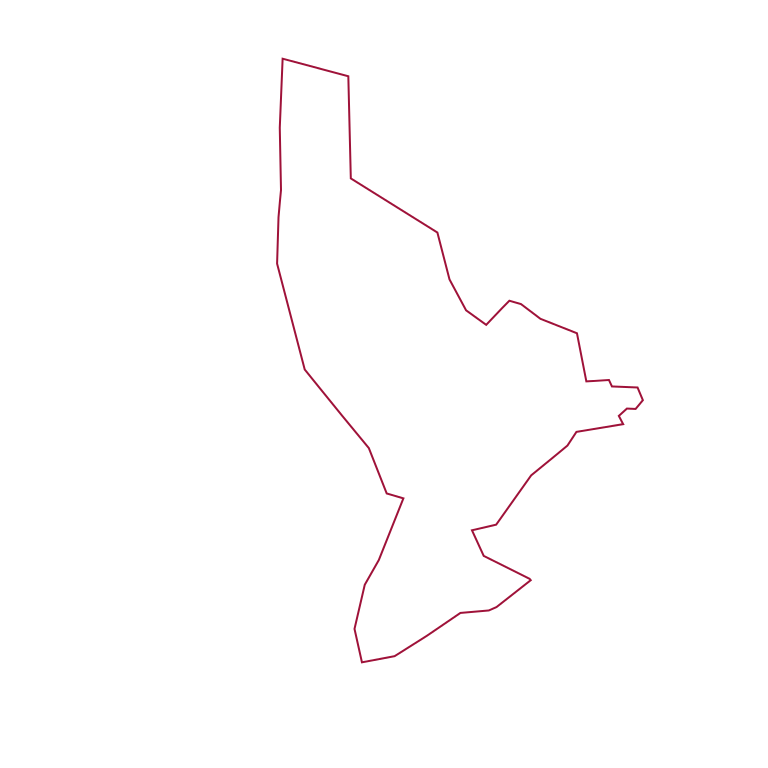 outline of Marte, Borno, Nigeria, rotated 297°
{"feature_id": "59680162B30227281044650", "entity_name": "Marte", "entity_type": "district", "adm_level": 2, "iso_a3": "NGA", "parent_name": "Nigeria", "parent_adm1": "Borno", "projection": "albers", "projection_center": [13.832, 12.441], "detail": "fine", "context": "isolated", "style": "outline", "palette": "rose", "viewbox_px": 768, "rotation_deg": 297, "n_neighbors": 0, "source": "geoboundaries", "source_scale": "gbopen_adm2", "svg_char_len": 790}
<svg xmlns="http://www.w3.org/2000/svg" viewBox="0 0 768 768"><g transform="rotate(297 384 384)"><path d="M489.7,582.6L481.8,569.3L478.2,563.1L516.8,532.9L513.1,493.8L517.4,469.8L515.1,457.9L505.3,454.8L483.1,448.2L486.9,423.7L506.9,394.9L543.2,362.8L552.1,261.1L642.0,212.5L627.8,146.0L565.0,174.8L510.0,204.2L500.1,208.1L484.7,214.3L442.7,234.1L360.9,306.8L349.3,332.8L336.6,361.4L320.0,399.6L287.7,436.1L290.9,453.2L224.8,459.3L196.4,458.0L152.4,468.9L126.0,490.7L146.3,517.0L179.1,536.5L214.7,556.0L229.8,580.2L236.3,585.5L275.8,603.8L276.5,602.2L276.1,550.9L293.6,528.8L309.6,547.8L369.4,556.6L396.7,568.6L412.4,575.4L428.7,577.2L456.8,615.3L462.2,607.7L472.4,611.6L476.0,619.5L487.1,622.0L496.0,611.5L485.3,588.2L489.7,582.6Z" fill="none" stroke="#9f1239" stroke-width="2"/></g></svg>